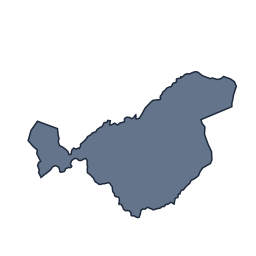 the district of Bangassou, Mbomou, Central African Republic, rotated 20°
{"feature_id": "33826404B81358030227477", "entity_name": "Bangassou", "entity_type": "district", "adm_level": 2, "iso_a3": "CAF", "parent_name": "Central African Republic", "parent_adm1": "Mbomou", "projection": "albers", "projection_center": [23.188, 5.123], "detail": "fine", "context": "isolated", "style": "filled", "palette": "slate", "viewbox_px": 256, "rotation_deg": 20, "n_neighbors": 0, "source": "geoboundaries", "source_scale": "gbopen_adm2", "svg_char_len": 5821}
<svg xmlns="http://www.w3.org/2000/svg" viewBox="0 0 256 256"><g transform="rotate(20 128 128)"><path d="M160.1,61.8L160.5,62.6L159.0,63.9L157.3,64.9L156.8,65.5L157.2,66.7L157.7,67.6L157.3,69.0L156.0,69.6L155.0,70.8L154.7,71.9L154.7,73.4L154.4,74.5L153.0,75.1L150.8,77.3L149.8,80.2L148.4,82.2L148.4,83.5L148.1,85.6L147.5,86.8L147.8,88.3L148.7,89.2L148.5,90.2L142.0,93.5L140.8,95.4L137.3,103.4L136.3,110.3L135.3,114.9L134.4,115.6L132.5,116.7L131.8,115.8L131.5,114.1L130.8,113.0L130.3,114.1L129.5,116.7L128.3,117.9L125.5,117.6L122.9,118.3L121.5,120.6L122.6,123.4L118.4,126.3L117.2,128.8L113.8,128.0L110.9,131.2L109.7,131.3L108.9,127.2L106.4,127.8L106.2,130.0L103.8,131.0L103.2,135.5L101.7,136.9L99.6,139.8L99.0,142.5L96.0,145.0L95.3,147.2L92.9,150.0L92.6,152.0L91.6,154.7L88.9,159.5L89.7,161.5L89.1,163.9L88.1,163.9L86.2,165.8L83.9,165.4L82.8,167.8L83.0,169.9L83.6,172.0L81.8,173.2L79.5,170.6L76.2,169.2L72.7,168.2L69.7,168.0L67.1,164.7L66.8,161.6L64.7,158.3L61.9,152.7L40.6,152.6L37.7,163.5L38.5,174.0L45.0,177.7L50.2,179.6L51.1,183.3L57.3,189.2L55.9,190.9L55.9,194.3L58.8,197.5L59.3,200.5L63.2,204.2L65.3,200.6L67.4,197.5L69.3,194.3L70.5,190.3L71.7,189.1L72.2,188.6L72.5,188.4L73.1,188.2L73.5,188.2L74.0,188.2L74.9,188.4L75.2,188.4L75.7,188.4L75.9,188.5L76.3,188.7L76.6,188.9L77.0,189.3L77.2,189.6L77.7,190.3L78.4,191.4L78.9,192.2L79.0,192.3L79.2,192.5L79.4,192.6L79.7,192.6L80.0,192.6L81.0,191.9L81.3,191.7L82.3,191.2L82.5,191.1L82.8,190.8L83.0,190.4L83.2,190.0L83.3,189.6L83.3,188.4L83.3,187.8L83.5,187.4L83.7,187.0L83.9,186.8L84.8,186.3L85.1,186.0L85.3,185.7L85.7,185.5L86.0,185.4L86.9,185.2L87.3,185.0L87.5,184.9L87.7,184.7L87.9,184.5L88.1,184.0L88.2,183.8L88.2,183.3L88.1,183.1L88.0,182.8L87.8,182.6L87.6,182.5L86.9,182.2L86.6,182.0L86.5,181.9L86.3,181.5L86.2,181.2L86.1,180.9L86.2,179.5L86.1,179.1L86.1,178.6L86.2,178.1L86.6,177.3L87.4,176.0L87.8,175.5L88.4,175.0L89.0,174.7L89.8,174.4L90.1,174.4L90.4,174.4L90.9,174.4L91.2,174.5L91.6,174.7L92.2,175.1L92.6,175.2L92.9,175.2L93.6,175.1L94.1,175.0L94.4,174.9L94.6,174.8L95.1,174.5L95.9,173.7L97.3,172.2L97.7,171.7L98.1,171.5L98.2,171.4L98.4,171.4L98.6,171.3L98.9,171.4L99.1,171.4L99.7,171.7L100.0,171.9L100.2,172.1L100.5,172.3L100.7,172.6L100.9,173.0L101.1,173.4L101.3,173.9L101.7,175.3L102.5,177.1L102.6,177.4L103.2,178.3L103.4,178.5L103.5,178.9L103.6,180.0L104.0,181.0L104.2,181.6L104.7,182.9L104.9,183.4L105.1,183.6L105.2,183.8L105.5,184.0L106.0,184.2L106.8,184.3L107.2,184.4L107.4,184.5L108.0,184.9L108.9,184.9L109.8,185.3L110.0,185.5L110.5,186.0L110.9,186.2L111.5,186.4L112.2,186.6L112.7,186.8L112.9,186.9L113.1,187.1L113.6,187.9L114.4,188.7L115.0,189.2L115.5,189.6L116.0,189.8L116.6,190.0L117.2,190.1L117.8,190.2L118.5,190.3L119.1,190.4L119.6,190.8L120.0,190.9L120.5,190.8L121.1,190.5L121.8,190.1L122.4,189.8L122.9,189.3L123.3,189.0L123.5,188.9L124.5,188.6L124.9,188.4L125.4,188.1L126.0,187.7L126.7,187.3L127.6,186.5L127.8,186.4L128.5,186.1L129.2,186.1L129.4,186.1L129.8,186.3L130.2,186.5L130.7,186.8L131.4,187.5L131.8,187.7L132.7,188.2L133.0,188.5L133.3,188.7L133.5,189.0L133.7,189.4L134.1,190.5L134.3,190.9L134.7,191.5L135.2,192.6L135.3,192.8L135.5,193.0L135.8,193.2L136.2,193.5L136.7,193.7L137.1,194.0L137.3,194.1L137.7,194.5L138.0,194.9L138.4,195.8L138.6,196.1L138.8,196.3L139.3,196.5L139.8,196.6L140.2,196.7L140.6,196.7L140.8,196.6L141.7,196.3L141.9,196.3L142.3,196.3L142.6,196.3L142.9,196.4L143.4,196.7L143.6,196.9L143.8,197.1L144.2,197.7L144.5,198.9L144.9,199.6L145.0,199.9L145.0,200.3L145.1,200.8L145.1,201.9L145.3,202.3L145.4,202.5L145.6,202.7L145.8,202.8L146.0,202.8L147.1,202.3L147.5,202.2L147.9,202.2L148.1,202.3L148.3,202.4L149.1,203.3L149.5,203.7L150.4,204.3L150.8,204.8L151.1,205.3L151.3,205.6L151.5,205.8L151.8,205.9L152.5,206.1L153.1,206.4L153.7,206.6L154.0,206.6L154.3,206.5L154.4,206.4L154.8,206.1L155.2,205.8L155.4,205.8L155.7,205.7L156.0,205.8L156.3,205.7L156.8,205.5L157.1,205.4L157.4,205.4L157.8,205.5L158.1,205.7L158.7,206.1L159.0,206.3L159.5,206.4L159.8,206.5L160.0,206.7L160.1,207.3L160.1,207.8L160.2,208.1L160.3,208.3L160.5,208.6L160.8,208.9L161.1,209.1L161.4,209.2L161.8,209.2L162.1,209.1L163.0,208.7L163.4,208.6L164.0,208.6L165.4,208.8L166.4,208.9L167.1,208.9L167.7,208.9L168.3,208.6L168.8,208.3L168.9,208.0L169.0,207.8L169.1,207.6L169.1,207.4L169.0,206.8L168.9,206.0L168.9,205.6L169.0,204.8L168.9,203.7L168.8,203.3L168.6,203.0L168.5,202.5L168.5,201.6L168.7,201.0L168.6,200.3L168.9,199.9L169.2,199.6L169.5,199.4L169.7,199.1L170.0,198.9L170.4,198.8L170.9,198.8L172.1,198.1L172.4,197.7L172.7,196.9L173.0,196.3L173.5,196.0L173.9,195.8L174.5,195.8L175.1,195.9L175.6,196.1L175.9,196.1L176.4,196.1L177.5,195.9L177.9,195.9L178.4,196.1L178.8,196.2L179.5,196.2L180.1,196.0L180.7,195.7L181.2,195.3L181.9,194.4L182.0,194.4L182.3,194.3L182.8,194.2L183.0,194.0L183.2,193.8L183.4,193.5L183.7,193.3L184.1,193.1L184.6,193.0L185.1,192.7L185.7,192.2L186.0,191.8L186.3,191.0L186.9,190.3L187.3,190.0L187.9,189.9L188.3,189.7L188.6,189.5L188.9,189.1L189.2,188.7L189.3,188.3L189.3,187.9L189.4,187.3L189.7,186.9L190.0,186.7L190.3,186.6L190.6,186.6L190.8,186.6L191.3,186.1L191.6,185.8L192.1,185.3L192.5,184.9L192.8,184.3L193.0,183.8L193.3,183.4L193.7,183.2L194.2,183.1L194.6,183.1L195.0,183.2L196.1,183.6L196.5,183.7L197.0,183.7L197.4,183.6L196.4,178.9L197.0,177.1L198.5,176.4L198.4,175.2L198.1,173.9L198.1,172.7L199.4,172.2L199.1,169.8L199.7,168.1L201.2,167.3L202.7,162.7L204.9,158.9L205.2,155.8L208.4,152.2L210.5,148.6L210.7,143.9L212.0,139.7L217.6,133.2L217.7,129.2L216.8,126.9L214.5,121.6L208.7,115.8L202.0,107.7L199.9,100.7L196.0,98.3L193.7,95.2L218.3,72.4L217.1,69.1L216.7,65.3L215.9,61.1L215.5,51.7L212.1,48.1L207.8,46.9L202.2,46.9L200.3,46.8L198.4,49.9L195.2,51.9L190.2,52.1L188.4,53.5L180.1,53.4L174.5,51.6L172.0,52.0L169.3,54.1L167.6,56.0L165.0,56.7L162.9,58.6L161.7,61.5L160.1,61.8Z" fill="#64748b" stroke="#1e293b" stroke-width="1.5"/></g></svg>